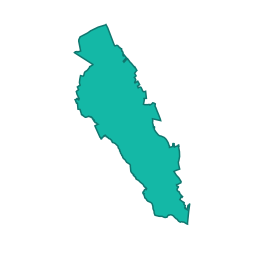 Bobota, Salaj, Romania, rotated 259°
{"feature_id": "2599482B19126209643390", "entity_name": "Bobota", "entity_type": "district", "adm_level": 2, "iso_a3": "ROU", "parent_name": "Romania", "parent_adm1": "Salaj", "projection": "equal_earth", "projection_center": [22.731, 47.382], "detail": "fine", "context": "isolated", "style": "filled", "palette": "teal", "viewbox_px": 256, "rotation_deg": 259, "n_neighbors": 0, "source": "geoboundaries", "source_scale": "gbopen_adm2", "svg_char_len": 5731}
<svg xmlns="http://www.w3.org/2000/svg" viewBox="0 0 256 256"><g transform="rotate(259 128 128)"><path d="M103.8,170.3L104.0,170.0L104.1,169.1L102.1,168.5L101.4,168.5L101.1,166.8L101.0,165.0L101.5,165.1L101.8,165.4L103.4,164.9L105.9,164.6L108.5,163.7L109.7,163.2L111.2,162.2L111.9,161.6L113.7,159.0L114.4,157.4L115.5,156.4L116.4,155.9L118.4,154.8L120.7,153.8L121.4,153.6L121.8,153.6L123.0,153.9L123.1,154.0L123.7,154.2L124.0,154.2L123.7,153.1L126.2,153.3L126.7,153.2L128.5,153.1L129.6,153.4L130.2,153.7L132.4,153.8L129.0,161.5L130.5,161.4L135.1,160.6L139.0,159.8L143.1,159.1L143.9,158.7L144.6,158.8L146.5,159.4L146.9,159.0L147.1,158.7L147.1,158.4L147.5,158.2L147.9,157.4L148.0,157.0L147.2,156.1L146.9,155.4L146.6,154.4L146.7,154.1L146.5,153.9L146.5,153.7L146.7,153.4L147.0,153.4L147.1,153.1L147.2,151.3L147.5,150.2L147.6,149.2L147.9,148.4L148.4,147.7L151.5,149.0L153.1,149.5L153.9,149.4L153.6,151.7L160.7,152.3L160.5,150.6L160.9,150.1L160.9,149.9L161.9,149.3L163.3,149.1L165.1,148.6L165.4,148.5L165.8,148.0L165.8,146.4L165.5,145.7L167.3,145.3L168.3,147.7L172.1,146.5L170.9,143.6L170.9,143.4L171.1,143.3L171.4,143.2L172.0,143.5L172.4,143.9L172.6,143.9L173.4,144.7L173.7,144.8L175.6,144.4L176.5,143.9L177.6,145.9L180.5,144.9L182.4,147.0L182.8,147.7L184.0,147.3L186.5,146.4L186.2,146.1L191.1,143.5L191.7,142.9L195.9,140.9L195.6,140.6L196.3,140.2L194.7,138.5L193.4,136.6L194.5,136.1L197.3,139.8L200.7,138.0L200.4,137.7L199.6,137.4L199.7,137.1L199.9,137.0L200.2,137.4L200.8,137.1L201.7,137.1L202.1,137.4L202.9,137.5L204.4,137.2L204.6,136.7L204.9,136.5L205.4,136.7L207.1,136.8L207.2,136.6L207.2,136.4L207.4,135.8L208.5,135.4L208.7,134.9L210.4,134.0L211.0,133.4L211.3,132.8L211.1,131.0L211.2,130.7L212.1,130.3L230.1,127.2L233.7,126.1L233.5,125.8L232.7,118.0L230.6,110.0L229.0,106.5L226.6,98.4L224.1,96.6L222.6,96.2L212.6,96.2L212.4,94.6L212.4,93.9L212.1,93.4L212.4,92.8L212.7,92.7L212.8,92.3L212.8,91.6L212.9,90.9L212.2,89.8L197.1,105.7L196.6,105.3L196.2,104.0L195.9,103.4L195.6,102.1L195.1,102.1L193.2,100.0L192.3,98.8L191.8,97.7L191.7,97.1L191.1,96.2L190.3,95.6L188.4,94.8L187.7,94.3L187.5,93.9L187.6,93.4L188.2,92.0L188.5,91.4L184.8,89.9L181.9,89.0L180.4,89.0L179.6,89.2L179.1,89.1L178.9,89.0L178.9,88.5L178.6,87.5L178.4,87.4L178.4,87.1L178.2,86.7L178.0,86.4L177.9,86.1L176.6,86.5L175.9,86.5L175.1,86.8L174.6,86.1L174.4,85.4L173.7,84.2L170.7,84.4L166.3,85.6L166.3,85.2L166.1,85.0L165.4,85.3L165.0,85.0L165.5,84.5L166.2,84.4L166.8,83.7L166.6,83.3L166.3,82.9L166.0,82.9L165.8,83.0L165.9,81.5L162.2,82.2L162.0,83.1L156.0,82.5L155.3,84.5L152.6,84.7L152.1,84.9L150.9,84.9L150.7,84.8L149.9,85.1L149.6,85.4L149.1,85.6L149.0,85.8L149.2,86.0L148.6,86.4L147.9,86.9L146.7,88.1L146.6,88.6L146.6,89.4L146.8,90.3L146.8,90.9L147.0,91.1L147.1,91.3L146.9,91.8L146.9,92.0L146.5,92.2L146.3,92.8L146.1,93.2L146.1,93.4L145.9,93.6L146.1,93.8L145.9,94.0L145.6,93.7L145.5,93.8L145.2,94.0L145.2,94.5L144.9,94.8L144.5,94.9L144.1,95.3L143.9,95.3L143.6,95.1L143.4,95.3L142.9,95.3L142.8,95.5L142.5,95.6L142.7,95.8L142.6,96.0L142.3,96.3L142.0,96.2L141.7,96.4L141.4,96.4L141.3,96.0L141.0,96.0L140.7,96.3L140.4,96.4L139.5,96.9L139.3,97.2L139.1,97.9L138.9,98.0L138.6,98.3L137.8,98.4L137.4,99.1L136.4,95.9L124.1,98.8L123.7,99.2L122.4,99.5L122.4,99.9L122.5,100.2L123.3,100.7L123.6,101.0L124.4,103.0L125.0,103.0L125.1,103.7L125.3,104.2L125.1,104.5L124.5,104.5L124.2,104.9L123.7,105.0L123.7,105.4L122.7,106.0L122.7,106.3L122.1,106.8L121.7,106.9L121.4,107.1L120.9,107.7L120.9,108.1L119.2,109.4L118.7,109.4L118.5,109.7L118.1,109.8L117.5,109.7L116.8,110.1L116.6,110.3L116.4,111.0L115.7,111.8L115.4,112.3L115.0,112.7L113.8,113.4L113.6,113.7L112.7,114.2L112.2,114.7L111.1,114.7L110.5,114.6L110.0,114.8L108.4,115.6L107.9,115.6L107.1,115.4L106.7,115.8L106.3,115.9L104.8,115.9L103.2,116.6L102.5,116.6L102.0,116.8L101.6,117.2L100.1,117.3L99.4,117.5L98.2,118.3L97.7,118.9L94.5,120.2L94.0,121.0L93.3,121.4L92.6,122.3L92.1,122.8L91.4,123.1L91.0,123.2L89.7,122.9L89.1,122.9L85.2,122.5L83.9,122.8L81.7,124.1L81.3,124.7L81.0,124.7L80.5,124.3L78.7,125.5L78.6,125.9L76.9,126.3L76.7,126.1L76.4,126.2L74.3,128.6L73.5,129.0L72.3,129.9L69.8,132.0L67.5,132.7L66.5,133.5L66.3,134.0L64.8,134.7L64.2,134.2L64.8,133.8L64.8,133.6L64.0,132.2L63.8,132.1L63.5,132.1L63.0,131.4L62.6,131.3L62.2,130.4L61.2,130.2L60.5,130.4L60.4,130.7L60.3,131.1L60.0,130.8L59.0,130.9L58.1,131.1L56.2,131.2L56.0,131.3L55.8,131.6L55.1,132.1L54.1,132.6L53.7,132.6L52.4,133.5L51.7,134.5L51.0,135.6L50.0,136.7L49.0,137.2L46.5,137.5L44.2,137.2L43.2,137.3L41.6,137.7L39.4,137.5L38.0,137.7L37.5,137.7L37.0,138.3L35.4,141.7L35.0,143.5L34.8,144.6L33.5,146.4L33.4,146.7L33.2,147.0L33.0,147.5L33.1,148.0L33.0,149.1L33.2,149.5L34.3,150.3L34.8,151.2L34.6,151.7L34.8,152.8L34.4,154.2L33.1,155.8L31.6,156.6L29.8,157.9L29.2,158.7L26.9,159.9L26.1,160.8L25.7,161.2L25.6,161.6L25.8,162.5L25.7,163.0L25.2,163.8L25.1,164.4L24.9,165.0L22.8,167.2L22.3,168.1L23.4,168.3L34.7,171.7L42.0,174.2L40.8,173.0L40.6,172.2L40.0,171.8L39.7,171.8L39.1,171.6L37.8,170.7L36.6,170.4L37.0,170.1L38.1,168.7L38.9,169.1L39.3,168.6L39.6,168.8L40.9,169.4L41.9,168.6L42.5,168.4L44.0,168.9L45.0,167.9L44.9,167.8L47.8,165.2L48.6,165.9L50.6,167.2L49.6,167.8L50.2,168.5L51.6,167.5L51.9,167.4L52.3,167.1L53.8,166.3L54.4,166.3L55.5,166.1L55.7,165.9L55.6,165.7L57.1,164.5L57.6,164.4L57.9,164.5L58.5,164.4L58.8,164.6L59.5,165.2L59.8,165.7L60.6,166.3L60.8,166.2L60.6,165.7L61.8,164.9L62.4,164.7L62.9,164.8L62.7,165.0L62.9,165.4L63.5,167.1L64.1,169.3L64.2,169.5L64.9,169.7L65.3,169.9L69.5,168.3L72.3,166.5L76.6,164.8L77.2,166.9L77.8,170.9L82.1,170.7L85.0,170.9L85.9,171.5L90.1,173.2L95.1,174.0L99.5,174.0L100.1,174.5L101.7,174.5L101.7,174.1L100.9,173.3L100.9,172.7L100.5,169.9L101.0,170.0L103.0,170.1L103.8,170.3Z" fill="#14b8a6" stroke="#0f766e" stroke-width="1.5"/></g></svg>